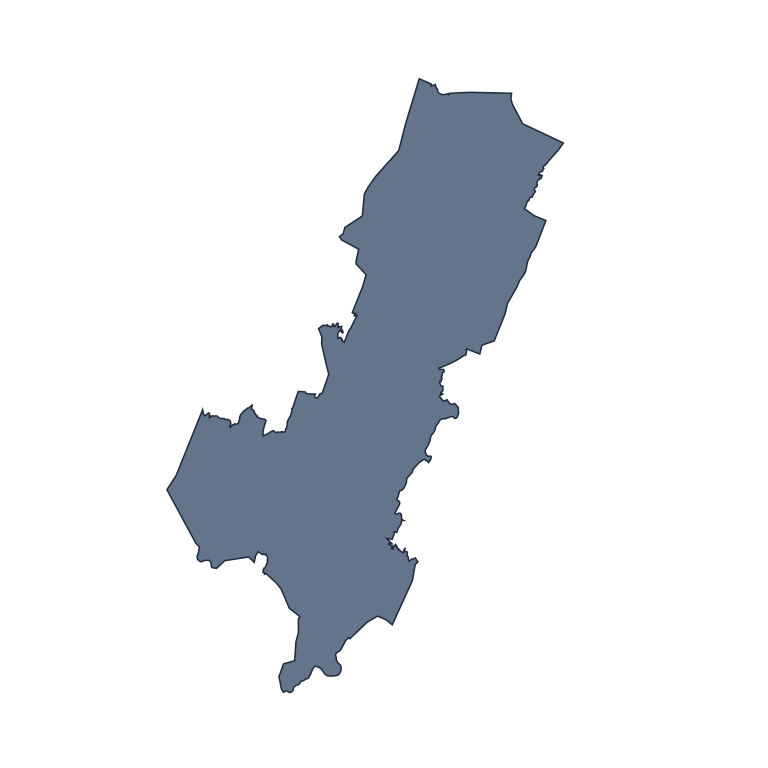 the district of Tamasopo, San Luis Potosí, Mexico, rotated 33°
{"feature_id": "50627088B81601149973315", "entity_name": "Tamasopo", "entity_type": "district", "adm_level": 2, "iso_a3": "MEX", "parent_name": "Mexico", "parent_adm1": "San Luis Potosí", "projection": "equal_earth", "projection_center": [-99.326, 21.931], "detail": "fine", "context": "isolated", "style": "filled", "palette": "slate", "viewbox_px": 768, "rotation_deg": 33, "n_neighbors": 0, "source": "geoboundaries", "source_scale": "gbopen_adm2", "svg_char_len": 6163}
<svg xmlns="http://www.w3.org/2000/svg" viewBox="0 0 768 768"><g transform="rotate(33 384 384)"><path d="M502.8,654.6L504.2,652.8L504.5,651.3L504.0,647.9L502.9,645.8L501.4,644.0L500.2,643.4L497.3,642.9L494.2,641.3L492.5,638.9L491.4,638.3L490.8,637.3L490.5,635.7L492.3,631.8L492.4,629.1L491.6,619.9L492.6,616.0L494.1,616.2L499.6,593.1L505.0,582.1L514.1,580.6L522.1,581.5L514.9,533.3L509.0,519.6L508.5,517.4L509.4,515.2L509.1,514.5L507.4,514.2L506.7,513.5L505.1,512.8L503.1,515.5L502.3,516.1L501.7,518.6L500.7,518.8L498.6,515.9L496.8,515.4L495.7,513.1L494.6,512.2L492.2,513.1L491.7,512.4L491.3,509.6L491.0,512.9L491.9,513.6L492.3,515.0L488.3,515.2L487.5,514.6L487.5,515.0L484.0,514.2L484.2,513.7L481.1,512.2L480.8,514.7L481.3,517.5L479.9,518.0L479.5,515.2L475.0,515.9L474.8,515.2L477.7,513.6L470.2,512.1L475.5,509.9L474.3,504.5L473.1,502.4L475.5,501.6L474.5,497.4L474.6,492.1L473.2,488.9L474.9,487.7L472.5,487.9L469.7,484.1L468.2,483.5L467.0,484.1L465.1,486.5L464.0,486.7L463.5,486.0L462.5,476.2L462.2,475.4L460.9,474.2L457.6,474.0L457.4,473.3L456.9,470.2L455.5,465.7L455.8,464.3L456.8,463.4L457.4,461.0L457.1,457.9L456.4,454.0L455.4,452.7L454.5,450.6L455.8,442.5L455.0,440.4L455.0,438.1L456.3,430.7L457.9,426.8L459.1,425.2L459.6,425.1L461.4,425.4L462.4,424.9L464.1,425.6L464.4,424.3L464.0,420.9L463.1,419.2L462.0,419.3L460.3,420.6L458.3,420.5L457.4,419.6L456.1,419.1L454.8,417.5L454.4,415.3L454.4,412.0L454.0,409.2L453.7,409.2L453.5,406.3L451.8,402.6L451.6,401.0L452.1,398.1L451.8,394.9L450.4,390.8L450.8,387.7L450.7,383.2L451.9,381.4L454.1,379.8L455.4,378.4L458.2,374.6L459.8,373.8L462.1,374.4L462.9,373.7L463.5,371.7L463.0,370.4L462.8,368.4L459.2,363.4L456.8,362.5L453.7,361.9L451.9,364.3L449.5,364.6L446.9,363.4L446.1,363.6L445.6,362.9L443.0,366.1L440.2,365.0L437.7,364.6L437.3,364.1L437.3,363.3L438.7,360.4L437.8,360.5L437.1,361.5L436.6,361.0L436.5,360.0L437.0,357.6L434.5,353.6L433.5,354.5L432.8,354.6L430.5,352.9L429.8,352.7L429.4,351.2L430.6,350.8L429.9,349.5L429.7,347.6L428.2,346.9L428.1,345.4L427.1,342.9L427.7,340.9L426.1,339.3L422.4,341.6L421.4,340.4L422.7,339.1L429.0,329.7L432.3,323.8L434.3,319.5L434.2,318.6L434.7,318.4L434.8,317.7L436.8,315.3L435.9,312.4L435.1,311.2L434.2,310.6L434.2,309.6L448.0,306.7L445.0,298.1L453.0,287.9L447.3,259.1L443.7,249.1L442.7,230.8L441.4,223.2L441.8,216.8L441.4,212.2L437.7,203.0L437.0,196.6L436.0,194.5L436.6,186.6L430.8,158.8L418.5,161.0L406.2,160.5L406.0,157.5L404.9,153.5L404.8,152.5L405.6,151.6L404.9,148.1L405.2,147.5L406.4,146.8L406.6,146.1L406.2,145.1L405.8,144.8L406.2,143.5L405.8,142.8L406.2,141.0L406.0,139.9L404.1,139.2L403.7,137.6L404.6,135.0L404.0,133.3L403.0,133.2L402.1,129.1L403.0,127.4L402.6,127.0L402.6,126.5L403.0,126.1L403.7,126.2L403.8,125.2L403.3,124.5L403.3,123.1L402.8,122.9L401.9,123.4L401.1,123.4L401.2,124.4L399.8,124.8L399.2,121.9L399.4,121.2L400.8,119.9L400.5,119.2L401.0,118.6L400.6,118.3L400.4,117.3L400.7,116.3L399.8,116.0L399.3,115.1L400.6,109.4L400.5,107.9L402.8,92.8L403.2,84.2L358.5,90.2L339.1,79.3L335.1,75.7L332.6,70.7L297.3,92.5L281.0,104.2L280.7,106.1L279.7,105.5L276.6,108.8L274.3,109.9L272.1,110.1L270.3,109.7L269.5,109.2L268.7,107.9L266.1,106.8L263.8,104.9L261.2,108.5L260.2,106.7L247.3,108.8L260.2,153.4L269.2,180.2L263.9,214.7L263.5,227.6L264.0,235.3L274.3,254.9L265.9,274.1L267.9,280.1L266.3,284.6L269.9,286.3L289.4,284.8L294.2,297.3L295.1,297.5L295.2,298.5L309.5,302.1L313.0,313.9L318.5,341.3L319.2,341.3L319.8,340.9L319.9,341.4L321.4,340.6L321.4,341.8L321.8,342.0L322.0,343.0L322.5,342.8L322.6,341.1L324.0,341.1L325.7,356.0L325.4,357.5L326.5,364.0L328.0,370.6L324.6,370.0L324.6,369.3L322.3,368.6L321.6,368.9L320.7,370.7L319.7,369.9L318.0,367.3L317.6,364.1L318.0,363.2L318.6,362.9L321.1,363.8L321.6,363.6L321.5,362.9L319.7,361.4L318.1,363.1L317.9,360.4L317.2,358.8L315.6,359.9L314.9,361.8L312.5,358.1L311.6,358.4L311.4,359.5L311.6,361.8L311.4,362.6L310.6,363.1L309.9,362.9L309.5,361.4L308.8,361.2L308.2,361.9L308.9,363.4L308.6,365.0L308.0,365.3L306.8,365.0L305.4,366.2L304.4,365.2L302.8,367.1L301.5,367.8L301.0,367.7L298.9,373.2L306.3,378.4L309.8,384.3L321.9,396.2L332.4,406.0L337.2,425.6L335.6,426.9L335.8,431.5L333.5,433.0L332.5,432.4L331.9,429.8L324.4,434.4L322.0,433.6L316.1,436.9L320.5,454.1L320.0,454.8L320.9,455.4L322.9,461.3L323.0,465.3L323.6,468.7L325.6,471.8L326.1,475.2L326.8,477.4L326.8,478.6L324.1,479.8L322.9,481.3L321.7,481.7L319.6,483.7L316.5,483.4L314.5,486.8L314.0,488.3L312.6,490.5L311.2,493.4L308.9,490.6L307.0,486.0L304.9,478.7L302.4,478.7L300.9,479.7L297.2,480.6L296.1,480.6L295.5,479.9L294.8,480.6L294.0,479.5L292.7,479.6L291.8,478.8L290.3,478.5L290.2,477.5L287.7,477.0L286.6,477.3L285.6,475.5L285.4,473.9L284.9,473.5L283.8,477.4L282.8,478.3L281.0,483.5L280.5,487.9L281.1,490.7L281.7,491.4L283.0,495.8L282.5,497.7L280.2,499.0L280.2,500.4L279.2,500.8L278.5,504.9L276.9,500.2L274.6,498.4L273.3,498.8L272.3,498.7L269.7,500.3L268.8,500.1L267.1,500.9L266.3,501.7L265.3,502.1L262.8,502.1L262.3,501.8L260.3,502.2L259.0,503.7L258.0,503.8L257.3,504.3L256.5,505.6L256.2,507.1L255.7,507.5L255.2,505.3L254.6,505.2L254.1,504.2L253.5,503.8L252.7,503.7L250.9,508.4L248.7,507.3L245.9,504.3L259.5,574.0L259.5,590.9L313.1,620.1L317.9,621.2L319.9,625.7L321.3,630.7L323.2,632.6L326.5,633.0L328.1,632.2L329.0,630.2L333.0,627.3L335.4,627.4L338.2,630.3L338.8,631.4L340.5,631.4L344.0,629.8L346.6,619.0L364.7,602.8L372.3,604.3L369.9,598.0L369.8,593.2L374.8,593.2L375.4,593.0L375.6,592.3L376.3,591.7L377.2,592.1L378.2,591.3L378.5,591.5L381.1,593.2L382.4,595.9L383.1,596.2L384.4,602.9L384.4,603.3L383.6,603.9L383.7,604.5L384.3,606.5L384.8,606.9L385.0,607.7L385.9,607.2L387.4,608.7L388.2,607.2L401.8,609.5L409.2,611.9L427.0,623.8L440.2,624.8L440.1,627.7L447.6,639.0L450.6,648.2L459.8,664.8L452.2,673.4L455.3,686.8L459.8,691.1L460.2,691.8L463.9,695.6L467.4,697.3L468.1,696.6L468.6,695.0L469.0,694.6L473.0,694.2L474.2,692.6L474.6,690.4L474.0,689.4L473.6,687.4L474.0,685.4L476.3,682.2L476.5,680.5L476.2,679.9L476.1,678.5L477.7,677.3L478.6,675.5L479.1,673.7L480.2,673.0L480.7,671.8L480.6,668.1L479.4,661.8L479.6,658.5L480.0,658.0L483.8,657.1L485.3,657.1L488.9,658.0L492.1,659.4L495.0,659.7L498.3,658.1L502.8,654.6Z" fill="#64748b" stroke="#1e293b" stroke-width="1.5"/></g></svg>